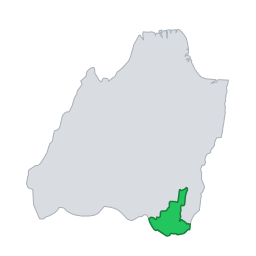 where Sokoto sits in Nigeria, rotated 186°
{"feature_id": "NGA-2871", "entity_name": "Sokoto", "entity_type": "State", "adm_level": 1, "iso_a3": "NGA", "parent_name": "Nigeria", "parent_adm1": "", "projection": "equal_earth", "projection_center": [5.256, 12.709], "detail": "fine", "context": "in_parent", "style": "filled", "palette": "green", "viewbox_px": 256, "rotation_deg": 186, "n_neighbors": 0, "source": "natural_earth", "source_scale": "10m", "svg_char_len": 4894}
<svg xmlns="http://www.w3.org/2000/svg" viewBox="0 0 256 256"><g transform="rotate(186 128 128)"><path d="M206.5,28.5L213.9,41.9L215.5,51.8L216.2,56.7L217.4,57.3L219.7,57.6L221.3,58.5L222.3,60.2L223.0,61.7L223.1,62.6L222.7,68.6L222.2,70.7L222.5,73.7L222.4,74.9L222.2,75.8L221.2,76.8L219.8,77.8L216.6,80.6L215.6,81.0L214.2,81.1L213.0,81.8L211.6,83.4L208.6,89.1L206.1,94.8L204.2,104.1L201.9,107.0L201.6,109.6L201.2,115.5L200.9,117.2L200.5,117.7L198.0,118.8L196.6,120.2L195.8,122.8L194.7,131.8L194.4,133.3L193.6,134.8L192.3,136.5L191.2,137.4L188.3,138.0L185.7,144.8L185.6,146.0L184.5,152.1L182.4,156.7L182.3,159.7L179.7,163.8L178.3,166.6L179.7,169.5L179.9,169.9L175.4,174.8L175.1,175.6L174.9,179.0L174.6,179.9L173.8,181.1L172.5,182.5L171.3,183.6L169.9,184.3L168.6,184.6L167.8,184.1L167.4,183.1L166.6,179.0L166.2,178.1L165.3,177.3L161.9,172.7L159.7,171.1L159.3,171.2L158.9,171.6L158.4,173.9L157.8,174.8L156.7,175.1L154.7,175.1L153.3,174.8L153.0,174.3L152.3,172.5L148.0,176.7L146.5,177.6L144.6,182.5L141.9,185.0L140.0,187.1L135.0,193.8L134.0,195.8L133.0,198.8L130.9,211.4L127.5,219.3L127.0,220.9L126.8,220.9L126.3,221.6L125.0,221.1L124.4,219.7L123.6,219.4L122.1,217.3L121.8,217.6L123.3,223.1L122.8,225.2L118.5,225.3L114.9,226.0L112.4,225.9L111.1,225.1L110.5,223.1L110.3,223.3L110.2,224.4L109.4,225.3L106.6,225.4L105.3,224.0L104.3,222.5L103.3,221.8L103.4,222.4L104.7,223.9L104.5,226.1L102.2,228.7L100.8,228.8L99.9,227.7L99.4,225.9L99.2,223.3L98.6,221.6L98.3,221.6L98.7,224.4L98.7,227.1L99.8,229.2L98.1,229.8L96.1,229.9L95.9,229.1L95.6,227.4L95.3,227.0L94.9,229.9L90.8,230.7L90.2,230.6L90.1,230.0L90.4,229.2L90.3,227.9L89.4,228.9L89.3,230.9L88.8,231.3L87.2,231.0L85.5,229.9L82.7,227.4L79.4,223.3L78.8,221.4L77.8,219.1L76.1,212.8L76.4,212.6L77.2,212.9L77.6,212.3L76.2,211.9L75.9,211.4L75.8,210.0L75.8,208.3L78.0,207.5L78.5,206.4L78.7,205.4L76.1,207.0L73.7,205.2L73.1,204.1L73.4,203.3L76.2,203.2L77.2,202.4L76.6,202.1L75.5,202.2L75.1,201.6L75.2,200.3L74.8,200.6L74.4,201.8L72.7,202.6L71.7,201.8L71.6,199.9L71.4,199.1L70.6,198.4L67.7,193.5L64.0,189.3L60.8,186.5L55.9,185.1L45.7,185.2L45.1,184.8L45.7,184.2L46.6,183.7L49.9,181.4L49.4,181.1L45.9,182.6L44.8,182.7L43.2,185.5L33.2,186.1L33.2,184.8L33.6,181.2L34.3,178.7L33.6,175.6L33.4,172.9L33.8,172.0L34.0,171.0L33.9,163.9L34.4,162.9L34.5,162.2L33.4,159.1L33.4,156.8L33.2,154.6L32.9,153.6L33.3,145.0L33.2,142.9L33.5,141.4L33.7,137.6L33.7,134.0L34.4,128.3L38.7,127.5L39.7,125.3L40.3,122.4L40.2,119.6L41.6,117.2L43.3,115.0L43.2,112.6L43.7,111.9L44.5,111.3L45.6,111.0L46.9,109.8L47.6,107.7L48.3,104.4L47.2,102.1L47.3,101.5L47.7,100.3L48.4,99.0L48.9,98.6L50.1,99.0L50.5,98.5L51.4,94.8L51.3,93.8L50.1,91.3L49.5,84.6L49.2,83.8L48.3,82.6L45.9,77.9L45.9,75.6L46.9,72.8L47.6,71.4L48.5,70.7L48.7,70.0L48.4,69.2L48.0,68.6L47.9,67.3L48.3,65.6L48.2,63.6L48.4,53.6L50.4,51.6L53.2,48.3L54.7,44.9L55.5,42.3L56.4,33.8L57.9,32.8L60.8,29.7L64.7,27.9L67.2,27.3L71.6,27.7L73.8,27.4L75.7,25.7L76.6,25.2L77.8,24.9L88.8,29.4L89.8,29.2L90.6,29.5L92.0,30.6L95.2,34.8L98.6,41.2L99.7,42.6L100.7,43.4L101.8,43.6L102.6,43.5L103.4,42.9L104.5,41.7L106.1,41.1L107.4,41.2L114.2,36.3L114.9,36.2L119.1,37.3L124.8,42.3L129.5,45.5L132.8,46.6L136.7,47.3L143.3,47.6L148.2,40.6L150.1,39.1L152.3,37.8L156.9,36.5L164.5,35.6L171.7,36.0L176.2,37.2L180.9,39.4L183.0,41.6L186.2,42.0L188.5,41.5L189.2,39.4L191.5,36.6L194.9,33.9L197.7,32.1L200.0,31.3L202.0,29.2L203.6,28.5L206.5,28.5ZM106.9,228.2L105.3,228.9L104.3,228.7L105.7,225.9L106.4,226.5L107.3,226.7L106.9,228.2Z" fill="#d9dde1" stroke="#a8b0b8" stroke-width="1"/><path d="M78.2,24.7L78.8,24.9L83.2,27.2L87.7,29.6L87.9,29.7L88.0,29.8L88.3,29.8L89.2,29.1L89.5,29.0L90.3,29.3L90.6,29.4L91.7,30.2L93.9,32.9L96.5,36.7L97.8,39.8L97.0,40.6L95.8,41.6L94.2,41.6L92.7,41.1L92.4,40.7L92.2,40.3L91.9,40.2L91.6,40.1L91.3,40.0L90.5,40.1L90.3,40.3L90.2,40.9L90.2,41.4L90.0,42.3L89.6,42.4L89.0,42.1L87.8,42.3L86.8,43.1L86.7,43.6L86.9,47.3L86.5,48.5L85.9,48.8L85.3,49.0L81.7,49.5L80.9,50.3L80.3,51.6L79.5,53.0L78.7,53.6L78.7,55.0L79.0,56.6L79.0,58.3L78.2,59.4L73.4,59.7L71.0,59.2L70.5,61.7L70.3,71.8L70.0,72.0L69.7,72.1L69.5,71.7L69.3,71.5L69.1,71.6L68.9,71.7L68.6,71.5L68.3,71.4L68.0,71.5L64.9,73.3L64.4,74.2L63.7,74.8L63.0,74.5L62.5,73.7L62.6,71.7L63.3,69.7L63.8,66.3L63.7,58.1L64.3,56.8L65.4,56.4L66.5,56.9L67.2,56.4L67.3,54.8L66.8,51.3L66.9,50.5L67.1,49.7L67.2,48.2L66.8,46.8L66.3,45.6L66.4,44.8L66.6,44.0L66.7,43.7L66.7,43.3L66.7,42.9L66.8,42.6L67.0,41.9L67.1,41.3L66.8,40.8L66.4,41.0L66.1,41.5L65.9,42.0L65.4,42.4L64.8,42.4L64.2,42.0L63.7,41.5L63.1,41.3L62.5,41.1L61.5,40.5L60.5,39.8L60.0,39.2L59.5,38.7L58.9,38.8L58.4,39.2L57.3,38.9L56.1,39.0L56.1,38.5L56.1,33.4L57.1,33.4L57.6,33.3L58.0,33.0L60.5,29.8L61.3,29.1L62.1,28.7L64.0,28.1L67.2,27.1L67.7,27.0L68.1,27.2L68.4,27.7L68.8,27.9L69.7,27.9L71.3,27.6L73.6,27.7L74.1,27.6L74.3,27.5L74.8,27.0L75.0,26.7L75.3,25.9L75.5,25.6L75.9,25.3L78.2,24.7Z" fill="#22c55e" stroke="#15803d" stroke-width="1.5"/></g></svg>